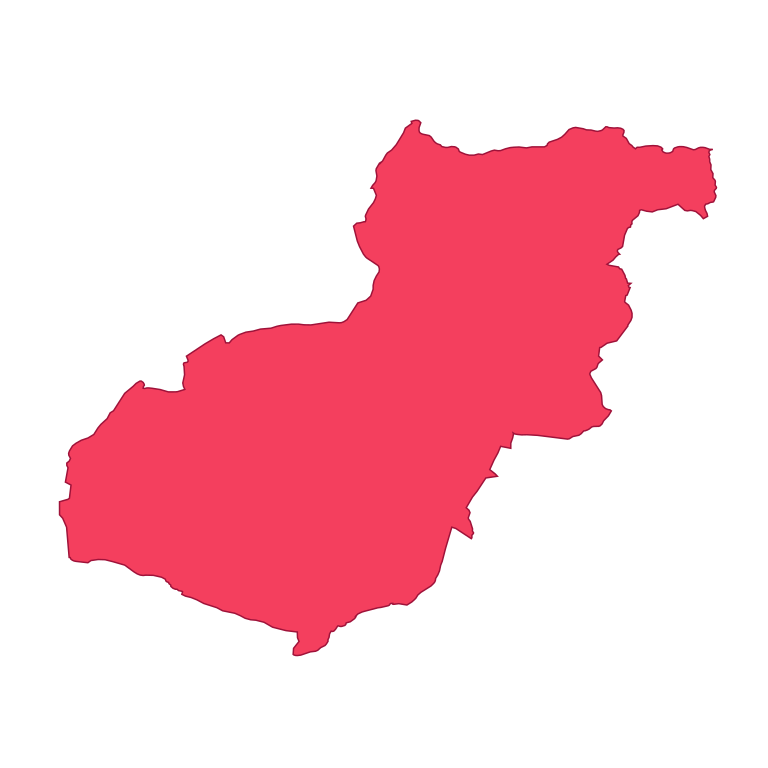 Ubaque, Cundinamarca, Colombia (Equal Earth projection), rotated 276°
{"feature_id": "7082276B28126583048920", "entity_name": "Ubaque", "entity_type": "district", "adm_level": 2, "iso_a3": "COL", "parent_name": "Colombia", "parent_adm1": "Cundinamarca", "projection": "equal_earth", "projection_center": [-73.951, 4.501], "detail": "fine", "context": "isolated", "style": "filled", "palette": "rose", "viewbox_px": 768, "rotation_deg": 276, "n_neighbors": 0, "source": "geoboundaries", "source_scale": "gbopen_adm2", "svg_char_len": 6144}
<svg xmlns="http://www.w3.org/2000/svg" viewBox="0 0 768 768"><g transform="rotate(276 384 384)"><path d="M267.7,78.5L253.1,77.4L250.8,83.3L237.5,83.1L236.3,81.8L233.0,73.6L220.0,75.0L216.9,78.5L208.4,83.3L178.6,89.0L178.6,90.1L177.3,90.7L176.2,92.4L175.6,94.3L175.4,96.3L175.3,108.2L177.8,111.0L179.6,118.1L180.1,125.0L179.0,132.7L176.8,145.0L171.0,155.0L169.4,158.3L168.5,161.5L168.4,164.5L169.0,167.1L169.6,174.6L168.6,183.0L167.0,186.9L165.3,187.7L164.7,188.5L164.1,190.5L162.9,191.1L161.8,192.9L160.4,193.2L158.8,195.5L158.1,197.9L158.2,199.7L157.1,201.2L156.7,204.9L156.3,205.4L153.7,204.9L152.3,208.7L151.5,214.5L149.8,220.5L146.9,227.7L144.1,241.1L141.6,247.2L140.4,259.6L138.6,265.3L136.5,270.4L135.6,276.0L135.7,281.3L134.5,289.6L130.5,298.6L128.5,312.2L128.3,323.7L122.6,324.5L119.1,326.4L111.7,321.7L105.6,321.9L105.1,322.7L104.8,324.4L104.9,326.2L105.7,329.6L109.9,338.7L111.1,343.9L112.3,346.0L115.2,348.6L117.8,352.7L119.5,353.9L122.2,355.2L123.9,355.0L126.2,355.8L129.9,356.0L132.7,357.3L132.5,358.5L133.0,359.9L134.9,361.4L138.4,363.2L138.7,363.8L138.3,365.8L138.5,367.3L139.8,370.3L140.8,371.1L142.5,371.4L144.0,375.3L147.6,379.3L149.6,380.4L149.9,379.9L152.6,382.1L154.9,385.9L155.9,388.3L160.8,401.3L161.5,404.3L163.9,411.3L164.6,412.4L166.0,413.1L166.5,413.8L166.7,415.7L166.0,415.7L165.9,416.6L167.1,421.7L166.6,429.9L170.1,434.4L172.5,436.6L174.2,438.0L177.7,439.7L180.7,442.5L188.1,451.9L191.0,454.3L192.7,455.3L194.6,455.7L195.8,455.6L199.9,457.5L203.9,458.7L209.7,459.3L213.6,460.4L227.0,462.4L248.7,466.4L247.8,470.6L239.3,487.0L240.3,487.5L242.8,487.2L244.6,488.5L245.4,488.6L247.0,487.3L249.2,487.2L256.4,484.1L258.6,482.1L259.8,481.8L265.0,483.0L267.4,481.7L269.5,478.7L280.8,483.8L287.1,487.8L301.2,495.1L304.1,506.4L306.1,504.1L309.9,498.1L319.7,501.3L327.4,504.5L334.2,506.5L333.3,516.8L338.5,516.3L343.9,517.6L347.9,518.0L348.8,517.6L348.0,519.3L347.8,521.8L347.8,526.1L348.5,531.5L349.0,542.1L348.4,572.3L348.9,574.0L351.5,577.3L353.4,583.2L355.2,585.3L358.2,587.5L358.5,588.9L359.5,591.0L360.6,592.7L363.0,595.1L363.7,596.9L364.4,602.1L365.0,603.3L367.0,605.0L370.4,606.3L375.8,610.5L381.0,612.9L381.9,611.5L382.0,609.5L382.7,606.9L384.5,604.4L386.5,603.1L395.1,601.6L398.2,600.4L411.8,589.6L415.5,587.5L418.3,588.4L421.5,593.1L422.9,594.0L426.2,594.7L427.2,595.3L430.8,598.7L434.2,594.5L442.8,594.7L443.1,596.0L447.9,601.6L451.2,610.9L467.2,620.5L468.0,620.3L473.0,622.9L476.3,623.7L480.2,623.3L483.2,622.1L488.0,619.0L490.4,615.2L491.2,614.7L497.2,615.2L497.8,616.5L505.6,618.7L505.6,617.6L507.4,616.7L509.9,619.0L509.8,615.7L513.8,614.1L514.4,613.2L517.2,612.3L523.0,608.4L523.3,606.3L524.9,605.0L525.6,595.3L526.4,593.2L531.2,598.9L534.5,601.1L537.4,603.7L537.7,604.8L539.3,602.9L540.5,602.2L541.5,602.2L542.4,602.7L544.1,605.5L545.7,606.9L557.1,607.7L564.0,609.8L565.2,610.9L565.8,612.7L568.0,612.8L569.2,613.9L571.2,613.5L572.7,613.9L577.9,619.0L581.2,620.1L583.4,620.1L584.2,621.7L583.3,627.0L583.2,632.8L585.9,638.0L587.8,646.3L593.5,657.6L588.1,665.0L587.9,667.6L588.7,670.6L588.7,672.5L588.1,676.1L584.8,681.2L581.8,684.3L584.6,688.3L587.4,687.4L590.0,685.7L592.6,684.6L594.5,684.2L596.5,685.2L597.1,687.2L598.7,689.6L599.4,692.3L599.8,692.8L604.3,694.4L606.1,694.4L609.6,692.3L611.1,692.4L613.3,694.0L614.3,694.1L616.5,692.5L620.0,692.4L621.2,691.9L623.6,689.4L627.6,689.2L631.4,686.6L636.1,686.3L639.0,684.7L641.7,684.4L644.2,683.3L646.2,684.1L648.2,682.9L649.7,683.0L650.7,684.0L651.7,686.5L651.4,683.4L652.6,678.7L652.7,676.4L652.4,673.9L651.7,672.1L649.7,669.0L649.3,667.2L650.9,660.4L651.3,656.7L651.0,653.2L650.5,651.3L649.1,648.3L648.1,647.4L645.5,646.8L644.1,644.9L643.5,643.5L643.1,641.0L643.2,639.7L644.0,637.3L645.8,635.8L646.9,636.6L647.6,635.9L648.5,634.7L649.4,631.2L649.2,626.6L648.0,619.5L646.2,613.8L645.9,611.0L644.2,609.5L645.6,607.0L647.1,605.5L648.7,602.7L653.6,599.3L655.6,595.7L656.7,595.5L659.4,596.3L661.2,596.2L662.3,595.0L663.1,592.7L663.2,589.6L662.6,586.1L662.5,580.9L663.1,579.0L663.0,577.7L659.5,574.7L658.7,573.4L657.6,570.2L657.6,568.0L658.2,563.4L657.9,558.8L658.7,555.4L659.2,547.8L658.5,545.2L656.4,541.4L651.2,537.7L648.0,534.8L645.4,530.9L641.8,523.0L639.9,521.5L638.3,521.2L636.6,518.8L635.3,506.4L633.7,501.0L633.8,493.5L633.0,488.2L632.3,484.8L630.6,480.2L628.3,475.5L627.9,473.1L628.1,469.3L626.9,466.2L622.5,458.0L622.6,453.8L621.0,449.7L620.5,444.9L621.0,441.0L622.6,435.5L623.5,434.3L625.5,433.4L627.0,430.8L627.3,429.4L627.2,426.2L626.0,422.8L625.7,420.6L626.2,416.6L627.7,415.1L628.4,411.9L629.3,410.1L630.6,408.4L634.5,405.1L635.8,403.1L636.5,396.3L637.0,394.6L637.9,393.1L639.8,392.3L642.7,392.1L647.7,393.3L649.5,391.0L649.7,390.2L649.6,387.7L648.0,383.6L646.1,384.5L640.7,378.5L635.9,377.2L623.3,371.2L617.4,367.1L614.1,363.2L611.9,361.9L605.7,359.3L603.5,357.5L604.0,357.5L603.1,356.4L597.3,353.8L595.3,353.7L590.1,355.2L585.4,354.9L583.5,354.2L580.3,351.9L577.4,350.6L577.5,353.1L570.8,356.7L567.1,356.0L563.3,354.6L556.4,350.3L550.1,348.1L548.8,347.9L546.2,348.9L543.7,348.6L543.3,348.2L543.3,347.2L541.8,343.4L541.1,340.1L537.8,337.2L523.4,342.5L518.1,345.3L511.0,350.0L508.4,352.5L507.4,353.9L501.2,365.7L500.1,366.6L497.9,367.4L495.0,367.4L490.5,365.1L485.8,363.4L481.0,362.9L477.1,363.3L470.0,361.6L465.4,357.5L461.9,349.5L444.2,340.6L441.7,337.5L440.6,335.3L440.2,333.3L439.7,322.8L435.1,305.2L434.5,298.4L434.6,292.7L433.8,285.5L431.4,275.2L430.2,271.5L427.7,265.8L425.7,255.4L423.0,248.5L421.1,241.2L418.3,235.5L417.2,233.7L412.2,228.2L408.7,225.8L408.4,222.3L414.2,219.6L415.8,216.8L411.3,210.0L405.3,201.9L391.0,184.6L387.3,186.6L385.8,186.7L385.0,185.9L384.2,183.1L383.7,182.6L382.5,182.5L380.6,183.3L372.3,184.7L364.0,183.8L360.7,184.8L357.8,186.5L354.8,179.5L354.4,177.7L353.6,170.4L355.1,161.9L355.5,153.8L355.5,150.4L355.3,148.6L354.5,146.5L354.6,144.9L356.4,145.0L357.7,145.8L358.6,145.6L360.3,144.4L361.5,142.4L361.4,141.0L358.7,137.4L355.5,134.8L347.6,127.1L329.1,117.8L326.7,114.7L320.6,112.3L314.3,106.7L310.4,104.1L303.5,100.7L299.4,95.3L296.4,88.8L292.9,83.9L289.9,80.7L284.6,78.2L282.1,77.6L280.2,78.0L277.2,80.0L274.4,79.0L272.2,76.8L269.8,77.1L267.7,78.5Z" fill="#f43f5e" stroke="#9f1239" stroke-width="1.5"/></g></svg>